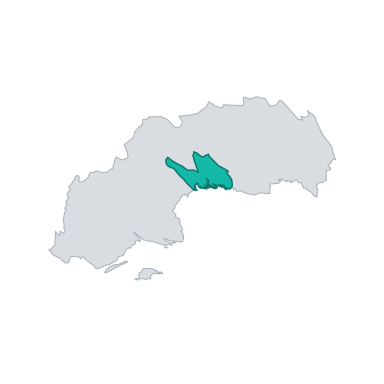 location of Västernorrland within Sweden, rotated 39°
{"feature_id": "SWE-191", "entity_name": "Västernorrland", "entity_type": "County", "adm_level": 1, "iso_a3": "SWE", "parent_name": "Sweden", "parent_adm1": "", "projection": "natural_earth1", "projection_center": [17.916, 63.083], "detail": "fine", "context": "in_parent", "style": "filled", "palette": "teal", "viewbox_px": 384, "rotation_deg": 39, "n_neighbors": 0, "source": "natural_earth", "source_scale": "10m", "svg_char_len": 9136}
<svg xmlns="http://www.w3.org/2000/svg" viewBox="0 0 384 384"><g transform="rotate(39 192 192)"><path d="M95.6,252.1L96.8,254.7L99.5,254.3L100.7,252.4L102.2,246.9L100.6,240.8L103.1,238.7L104.7,235.3L108.5,234.3L113.6,230.4L114.2,226.4L115.4,223.4L111.4,214.5L111.2,212.3L117.7,211.2L120.6,205.3L116.3,201.5L109.5,197.9L112.2,186.6L109.5,180.6L110.0,178.0L109.7,174.1L111.4,172.5L108.3,166.7L111.7,162.7L111.2,160.7L120.9,152.7L127.2,151.3L138.6,152.5L141.5,149.3L141.6,147.6L140.6,143.6L134.2,141.3L141.4,134.2L147.1,127.3L148.3,120.6L149.6,117.8L148.4,111.3L155.8,110.5L162.5,107.9L161.7,104.3L176.4,93.5L176.9,91.5L175.8,89.7L172.4,86.4L173.4,84.9L177.3,84.0L179.2,82.5L182.1,77.4L190.1,73.5L198.8,76.1L202.6,71.6L202.4,65.4L205.6,64.8L228.9,68.7L232.8,66.4L228.8,65.1L232.8,62.7L233.9,61.1L234.3,59.4L234.1,58.4L230.9,56.1L238.2,55.8L242.2,56.9L242.6,58.3L258.5,65.6L271.2,68.5L274.8,70.5L276.1,72.8L278.1,72.9L280.5,75.1L283.0,76.3L281.0,77.8L281.1,81.2L281.8,82.8L280.6,85.7L284.8,86.4L285.4,88.2L283.3,90.0L283.6,92.0L289.0,98.2L287.7,100.1L287.4,102.6L285.0,104.5L284.7,106.4L285.1,108.9L286.0,110.1L288.3,110.9L292.3,117.5L288.3,118.0L285.3,117.1L278.3,117.9L276.6,118.9L271.1,116.3L268.1,117.7L266.0,116.4L264.3,118.6L263.9,121.6L261.4,121.3L262.3,122.4L258.9,122.8L258.7,123.3L259.4,124.0L258.4,124.9L253.7,125.2L253.1,126.2L254.4,127.4L254.4,128.1L251.4,127.0L253.5,129.1L253.9,130.7L247.5,136.9L249.7,138.6L251.5,142.1L253.4,143.7L252.6,145.3L245.9,149.3L242.2,155.3L233.7,159.4L229.3,160.4L226.4,163.3L223.0,162.4L222.9,164.1L220.8,163.0L219.0,165.6L215.9,167.8L212.6,167.4L212.2,167.8L213.2,168.4L209.4,168.9L208.2,171.2L205.4,171.8L204.9,172.5L207.8,172.7L207.2,174.5L203.9,175.5L202.7,176.6L201.2,176.6L201.5,175.7L199.3,175.8L198.7,174.7L198.2,175.0L199.7,178.0L198.6,179.2L200.7,180.4L194.6,183.4L191.0,182.2L190.5,183.1L191.3,185.7L194.4,187.7L192.5,189.0L190.4,195.0L191.8,198.6L187.7,197.8L187.9,199.2L186.6,200.8L187.1,203.2L186.7,204.7L187.7,206.1L187.1,206.8L187.7,213.3L188.9,216.1L188.4,218.4L190.1,219.6L193.8,219.8L194.8,221.7L199.4,220.6L202.7,224.3L208.9,227.4L208.5,229.4L212.5,230.9L214.8,233.7L215.7,236.0L215.4,237.4L209.2,241.3L204.5,243.9L199.6,245.5L199.8,246.1L202.2,246.4L208.2,244.5L209.9,246.2L206.7,246.9L206.0,249.2L204.6,250.6L191.5,255.7L189.8,257.3L183.9,259.9L173.4,259.7L171.8,260.2L180.9,261.3L183.0,263.2L178.7,264.4L180.6,268.9L179.4,270.0L179.3,275.0L177.8,275.1L177.1,277.1L177.8,282.1L178.6,283.5L178.2,285.0L175.7,288.4L176.5,292.5L173.6,299.9L170.4,304.2L167.8,310.0L165.1,312.0L161.8,310.7L157.0,311.4L148.2,311.2L147.1,311.8L147.7,313.9L144.5,313.6L138.9,318.1L138.7,320.2L140.8,324.4L138.1,327.1L132.1,326.5L124.2,328.2L117.2,326.8L118.1,325.4L118.8,319.8L111.0,308.5L114.7,309.7L116.3,309.1L114.0,305.4L117.3,305.2L118.3,303.9L117.8,301.8L115.2,300.8L112.9,297.5L110.5,295.8L106.4,289.2L105.0,284.6L103.5,285.1L102.4,279.9L100.1,279.1L99.8,273.8L97.3,273.3L95.8,270.8L95.7,266.3L92.8,265.7L93.3,263.5L92.6,255.6L91.7,253.1L92.5,251.2L94.1,251.1L95.6,252.1ZM217.3,276.6L216.0,277.1L215.2,278.6L213.1,279.3L212.8,283.9L214.7,285.6L212.7,286.4L211.4,288.9L207.8,290.5L206.4,292.1L205.6,294.3L202.5,295.5L204.7,292.1L201.8,288.3L202.6,286.9L202.3,282.4L208.7,276.8L211.7,276.1L213.0,276.7L213.6,275.3L214.5,275.0L217.3,276.6ZM176.4,308.5L174.8,309.5L174.4,308.1L174.6,302.8L178.1,296.4L179.7,295.9L184.1,287.3L184.5,286.7L186.0,287.3L184.9,288.1L185.0,289.6L182.2,294.2L181.5,297.2L180.5,297.9L176.4,308.5ZM218.6,274.9L218.3,276.1L216.7,275.1L218.2,273.7L221.4,274.0L218.6,274.9ZM211.1,242.0L209.1,243.9L208.7,243.1L209.1,242.1L211.1,242.0ZM206.7,252.2L205.7,252.4L206.4,251.0L207.8,250.7L206.7,252.2Z" fill="#d9dde1" stroke="#a8b0b8" stroke-width="1"/><path d="M220.2,163.4L219.8,163.2L219.7,163.4L219.6,163.7L219.6,164.4L219.6,164.6L219.5,164.9L219.5,165.1L219.5,165.7L219.4,166.0L219.1,166.1L218.9,165.7L218.6,166.0L217.8,166.2L217.4,166.4L217.5,166.4L217.7,166.7L217.6,166.8L217.3,167.2L217.1,167.5L217.4,167.5L217.2,167.8L216.9,167.8L216.3,167.3L216.0,167.7L216.3,168.0L216.7,168.1L217.1,168.1L217.0,168.4L216.8,168.4L216.6,168.4L216.4,168.5L216.3,168.8L216.2,168.9L215.9,168.9L215.5,168.5L215.4,168.5L215.3,168.3L215.0,168.1L214.8,168.0L214.9,167.7L214.7,167.6L214.4,167.5L214.2,167.4L214.0,167.2L213.6,167.1L213.4,167.1L213.5,167.5L213.3,167.5L212.5,167.3L211.9,167.3L211.6,167.3L211.3,167.5L211.7,167.7L214.1,168.3L213.8,168.6L213.3,168.7L212.3,168.7L212.4,168.9L212.1,169.1L211.9,169.1L211.7,169.0L211.7,168.7L211.6,168.4L211.9,168.3L212.7,168.3L212.7,168.1L211.2,167.9L210.8,168.0L211.0,168.1L211.1,168.3L211.2,168.5L211.6,169.2L211.7,169.4L209.5,168.9L208.7,168.9L208.7,169.1L209.1,169.1L209.4,169.2L209.7,169.4L209.9,169.6L210.1,169.8L210.2,170.0L209.9,170.3L209.6,170.2L209.3,170.1L209.0,170.0L208.6,170.2L208.5,170.3L208.4,170.6L208.3,170.8L208.1,171.0L208.6,171.0L207.9,171.3L207.7,171.4L207.6,171.5L207.6,172.0L207.4,172.1L206.7,171.5L206.5,171.4L206.3,171.4L206.0,171.4L205.8,171.5L206.3,171.8L206.6,171.9L206.7,172.2L205.7,172.1L205.6,171.8L205.5,171.7L205.4,171.7L205.3,171.8L205.3,172.0L205.1,172.2L204.7,172.3L203.8,172.5L204.2,172.7L208.1,172.6L208.5,172.7L208.8,173.0L208.9,173.3L208.6,173.3L208.4,173.0L208.2,173.4L207.8,173.5L207.4,173.4L206.5,173.1L206.3,173.2L206.1,173.6L206.8,173.9L207.1,174.0L207.6,173.8L207.9,173.8L208.1,174.0L208.0,174.4L207.3,174.4L206.2,174.2L206.5,174.5L207.2,174.7L207.4,174.9L207.3,175.1L207.2,175.2L207.0,175.3L206.6,175.4L206.4,175.5L206.2,175.6L205.9,175.7L205.7,175.7L205.4,175.6L205.2,175.6L205.0,175.3L204.5,174.9L204.2,174.8L203.9,174.8L204.0,175.1L203.3,175.1L203.4,175.3L203.5,175.4L203.4,175.6L203.6,175.8L204.1,175.5L204.4,175.6L204.1,176.2L203.8,176.4L203.5,176.5L203.4,176.6L203.3,176.8L203.1,176.9L202.9,176.8L202.9,176.6L203.0,176.5L203.1,176.3L203.0,176.2L202.8,176.3L202.7,176.6L202.5,176.8L202.3,177.0L201.9,177.0L201.3,176.9L201.4,176.7L201.1,176.5L200.8,176.5L200.2,176.5L200.6,176.2L202.0,176.3L202.3,176.0L201.7,175.8L201.4,175.7L201.2,175.5L201.3,175.3L200.9,175.4L200.4,175.6L199.9,175.9L199.7,176.2L199.6,176.3L199.3,176.2L199.1,176.1L198.9,175.8L199.0,175.1L198.9,175.1L198.8,174.9L198.8,174.7L199.0,174.4L198.9,174.1L198.7,174.1L198.2,174.2L197.9,173.4L197.7,173.2L197.4,173.0L197.2,172.9L197.3,172.8L197.5,172.5L197.2,172.5L196.7,172.8L196.4,172.9L196.2,172.8L195.9,172.6L195.7,172.5L195.4,172.6L197.3,173.6L197.8,174.0L198.0,174.4L198.4,175.0L198.6,175.6L198.3,176.0L199.0,176.4L199.2,176.5L199.4,176.7L199.4,176.8L199.4,177.2L199.5,177.4L200.0,177.9L200.1,178.2L200.1,178.5L200.0,178.8L200.1,179.1L199.9,179.2L199.7,179.3L199.6,179.2L199.2,179.0L198.1,179.0L198.4,179.2L200.8,179.9L200.8,180.1L200.8,180.3L201.1,180.5L200.7,180.6L199.6,181.2L199.5,180.9L199.4,180.3L199.4,180.2L199.1,180.1L199.0,180.3L198.8,180.9L198.8,181.2L198.7,181.4L198.6,181.5L198.2,181.6L198.4,181.8L198.0,182.4L197.7,182.6L197.4,182.7L197.2,182.6L196.9,182.3L196.0,182.3L195.4,182.4L195.0,182.6L194.8,182.8L194.9,183.2L195.1,183.3L195.4,183.4L195.6,183.6L193.6,183.6L193.3,183.5L193.2,183.4L192.9,183.1L192.1,182.3L191.4,181.7L191.0,181.7L190.8,182.2L190.5,182.3L190.2,182.3L189.8,182.6L189.8,182.9L190.5,183.6L190.5,183.9L190.5,184.0L190.4,184.2L190.2,184.3L189.9,184.3L190.1,184.4L190.2,184.6L190.3,184.8L190.2,185.0L190.2,185.3L190.4,185.5L190.5,185.7L190.7,185.8L191.2,185.7L191.4,185.8L191.7,185.9L191.8,186.1L191.9,186.3L192.0,186.5L192.0,186.8L191.8,186.9L193.1,187.4L193.4,187.3L193.9,187.4L194.4,187.5L194.7,187.7L193.5,188.3L193.1,188.3L193.0,188.2L193.5,187.7L193.2,187.6L192.9,187.7L192.7,187.8L192.5,188.0L192.4,188.3L192.5,188.6L192.5,188.9L192.5,189.1L192.4,189.3L188.6,189.0L187.9,188.8L184.8,188.7L176.8,187.3L172.5,187.1L163.5,185.3L162.8,185.2L162.0,185.4L159.4,186.7L158.0,186.6L156.8,186.9L155.8,186.7L154.8,186.4L153.8,185.8L153.2,185.3L152.3,184.3L151.6,183.9L151.4,183.3L151.5,183.1L151.8,183.0L151.9,182.9L151.9,182.7L151.7,182.4L151.6,181.8L151.5,181.7L151.3,181.5L151.3,181.4L151.4,181.1L151.3,180.9L151.2,180.7L151.4,180.5L151.8,180.4L153.8,180.2L156.6,180.3L163.3,179.3L167.6,178.2L174.2,177.9L174.8,177.8L175.4,177.5L176.2,176.7L179.5,174.0L180.5,173.6L184.2,172.9L184.3,172.6L172.3,165.0L171.6,164.2L170.9,163.7L170.3,163.6L169.8,163.3L169.7,162.7L169.6,162.3L169.4,161.4L169.1,160.8L168.2,159.8L168.6,159.4L169.8,159.2L171.2,158.7L172.1,158.6L173.6,158.8L177.0,158.5L177.6,158.3L178.6,157.9L179.0,156.8L179.2,155.7L181.0,152.4L181.6,152.8L183.4,153.5L196.0,154.9L205.6,153.1L206.6,153.1L207.2,153.3L207.3,153.6L207.4,153.8L207.2,154.0L206.6,153.9L206.6,154.0L207.6,155.2L207.6,155.4L207.8,155.5L208.0,155.7L208.9,156.0L209.2,156.1L210.4,156.0L210.6,156.1L211.4,156.3L212.1,156.5L212.4,156.6L212.8,156.8L213.1,157.0L213.4,157.0L214.0,157.0L214.3,157.1L214.7,157.3L214.8,157.6L214.9,157.9L215.0,157.9L215.7,158.2L216.1,158.3L216.5,158.8L218.5,160.7L220.1,163.3L220.2,163.4ZM202.0,178.7L201.3,178.8L200.5,178.7L200.2,178.3L200.3,178.0L200.5,177.7L200.7,177.3L201.1,177.3L201.4,177.3L201.5,177.5L202.1,177.4L202.4,177.4L202.5,177.5L202.5,177.9L202.4,178.1L202.3,178.3L202.1,178.3L201.9,178.3L202.0,178.4L202.1,178.5L202.0,178.7Z" fill="#14b8a6" stroke="#0f766e" stroke-width="1.5"/></g></svg>